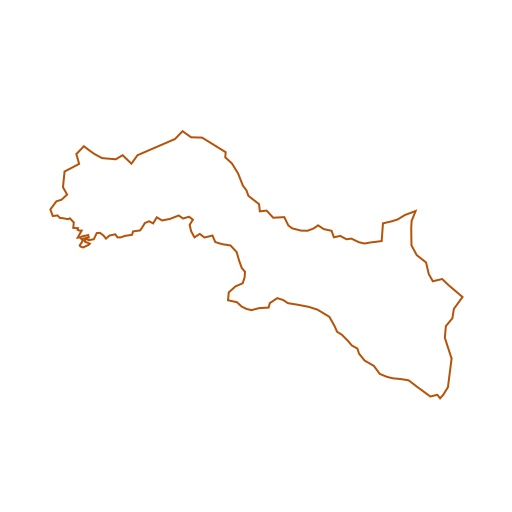 outline of Pigenia, Nicosia, Cyprus, rotated 279°
{"feature_id": "46923920B48562884409952", "entity_name": "Pigenia", "entity_type": "district", "adm_level": 2, "iso_a3": "CYP", "parent_name": "Cyprus", "parent_adm1": "Nicosia", "projection": "natural_earth1", "projection_center": [32.648, 35.156], "detail": "fine", "context": "isolated", "style": "outline", "palette": "amber", "viewbox_px": 512, "rotation_deg": 279, "n_neighbors": 0, "source": "geoboundaries", "source_scale": "gbopen_adm2", "svg_char_len": 2246}
<svg xmlns="http://www.w3.org/2000/svg" viewBox="0 0 512 512"><g transform="rotate(279 256 256)"><path d="M185.7,465.2L185.9,464.9L204.8,455.3L216.5,454.5L225.2,459.7L234.7,459.7L247.8,466.4L257.3,450.8L262.4,443.5L258.7,434.6L265.3,429.4L276.2,425.0L282.0,414.6L290.8,407.9L298.8,406.5L307.5,405.0L314.8,404.2L325.4,406.6L319.8,396.7L314.2,390.1L311.4,384.4L308.1,376.3L302.1,376.8L290.4,377.8L287.1,366.4L285.3,361.2L285.7,355.5L288.1,347.5L286.7,342.7L289.0,336.1L286.7,330.0L292.7,326.7L293.2,318.6L296.0,312.5L292.3,308.7L289.0,303.0L288.1,296.4L289.0,287.4L291.3,283.1L298.8,277.9L296.5,267.0L302.5,259.4L300.7,252.8L307.7,250.9L314.2,239.1L319.3,236.3L323.5,232.0L334.7,225.4L343.6,217.8L348.7,210.2L353.8,209.8L364.5,184.2L363.1,173.3L367.8,163.9L358.9,157.7L337.0,123.2L327.7,118.5L334.7,108.5L329.6,102.4L328.6,88.7L331.4,80.6L334.2,74.9L337.5,68.8L331.8,64.9L328.6,62.6L319.3,66.9L309.5,53.7L293.7,54.6L287.1,59.8L281.1,55.1L278.8,50.3L269.9,45.6L263.7,49.0L265.0,53.6L262.9,56.4L263.1,58.2L263.0,64.7L264.1,66.3L260.6,70.8L255.2,71.1L255.6,75.8L253.9,75.7L253.5,77.2L253.8,79.8L246.2,77.0L246.8,79.3L248.2,81.2L250.4,87.0L248.2,87.9L245.4,81.0L244.0,82.6L238.9,80.2L237.9,81.2L237.4,83.9L240.8,89.0L242.2,89.9L243.3,85.0L246.3,84.0L246.3,85.3L245.5,88.4L247.2,93.2L253.7,95.1L254.5,98.2L252.4,102.1L249.7,105.1L253.3,108.1L255.4,113.6L252.7,116.3L253.3,119.6L255.4,123.5L257.5,130.2L261.1,130.8L263.1,137.5L266.1,139.0L271.2,141.1L273.6,145.0L272.1,149.3L278.7,152.0L276.4,157.7L279.2,165.3L283.9,173.3L281.6,178.1L284.3,183.7L282.0,188.0L276.4,185.6L270.4,188.0L264.8,192.3L269.0,197.0L266.2,202.2L269.4,209.8L263.4,213.6L262.4,220.6L262.4,229.2L256.8,236.3L248.9,240.0L241.9,243.8L238.7,247.6L233.1,248.1L227.0,247.1L222.8,240.5L215.8,234.8L207.9,235.3L207.4,244.3L203.7,250.0L202.3,254.7L201.8,259.9L205.1,267.5L207.0,276.5L211.6,277.0L217.7,283.6L216.8,289.7L214.4,294.9L214.4,304.9L214.0,316.2L212.6,325.2L207.4,338.0L199.0,344.6L193.9,347.9L191.6,353.2L186.4,360.3L182.7,364.5L180.4,370.7L175.7,373.0L169.7,379.7L165.9,389.6L158.9,396.7L157.1,404.3L156.6,410.4L157.1,418.0L157.1,426.1L151.5,436.5L144.5,450.2L147.3,456.8L144.2,460.1L148.3,462.7L156.5,466.1L185.7,465.2Z" fill="none" stroke="#b45309" stroke-width="2"/></g></svg>